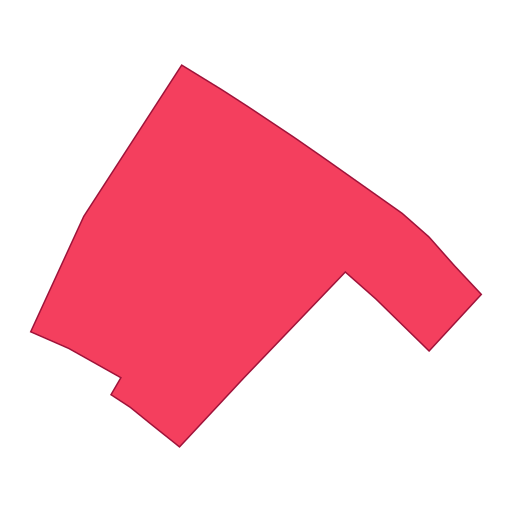 Alapi, Tuvalu (orthographic projection)
{"feature_id": "33948139B89877279250405", "entity_name": "Alapi", "entity_type": "district", "adm_level": 2, "iso_a3": "TUV", "parent_name": "Tuvalu", "parent_adm1": "", "projection": "orthographic", "projection_center": [179.197, -8.522], "detail": "fine", "context": "isolated", "style": "filled", "palette": "rose", "viewbox_px": 512, "rotation_deg": 0, "n_neighbors": 0, "source": "geoboundaries", "source_scale": "gbopen_adm2", "svg_char_len": 390}
<svg xmlns="http://www.w3.org/2000/svg" viewBox="0 0 512 512"><path d="M181.7,65.1L83.8,216.3L30.7,331.8L68.7,348.4L120.9,377.7L111.0,394.7L130.1,407.2L150.1,423.4L179.5,446.9L244.2,377.5L345.3,272.0L375.7,298.8L429.1,351.0L481.3,294.4L454.3,265.6L429.0,237.0L402.2,213.4L324.5,158.5L294.1,137.4L249.1,107.4L222.5,90.2L181.7,65.1Z" fill="#f43f5e" stroke="#9f1239" stroke-width="1.5"/></svg>